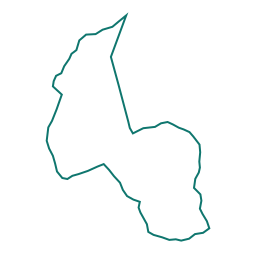 Campestre, Alagoas, Brazil (orthographic projection)
{"feature_id": "56859067B46779863168741", "entity_name": "Campestre", "entity_type": "district", "adm_level": 2, "iso_a3": "BRA", "parent_name": "Brazil", "parent_adm1": "Alagoas", "projection": "orthographic", "projection_center": [-35.539, -8.885], "detail": "fine", "context": "isolated", "style": "outline", "palette": "teal", "viewbox_px": 256, "rotation_deg": 0, "n_neighbors": 0, "source": "geoboundaries", "source_scale": "gbopen_adm2", "svg_char_len": 1028}
<svg xmlns="http://www.w3.org/2000/svg" viewBox="0 0 256 256"><path d="M71.5,53.8L69.3,58.8L64.2,66.2L61.3,73.2L56.1,75.8L53.7,81.2L52.9,86.4L61.8,94.6L59.6,100.8L56.7,109.1L52.0,120.9L48.3,127.4L46.7,140.8L49.1,148.5L52.9,155.8L55.1,163.5L57.0,171.5L62.3,178.0L67.4,179.0L72.4,175.8L78.5,174.1L87.9,170.9L97.4,166.6L103.7,164.1L109.0,169.8L114.0,176.2L120.0,182.7L122.9,190.0L127.1,196.1L133.4,199.6L139.8,201.8L138.6,207.6L140.4,212.5L146.9,224.2L148.3,231.9L153.6,234.9L162.1,237.3L169.3,239.9L175.8,239.3L181.2,240.6L189.1,238.7L195.0,234.1L203.1,232.8L209.3,228.3L206.9,221.2L202.5,213.9L199.9,208.7L201.4,200.7L200.4,194.4L194.0,187.9L195.3,178.8L198.8,172.5L199.9,167.6L199.3,161.6L200.2,152.3L199.5,144.6L193.3,136.5L189.5,132.1L183.6,129.4L178.8,127.7L172.8,124.4L167.6,122.0L161.0,123.3L155.0,126.9L143.3,128.2L132.9,133.4L129.8,128.0L128.3,121.7L118.5,84.7L110.9,56.9L126.2,15.4L118.6,21.6L112.4,26.8L102.6,29.7L95.6,34.1L86.1,34.6L79.3,40.4L76.4,50.1L71.5,53.8Z" fill="none" stroke="#0f766e" stroke-width="2"/></svg>